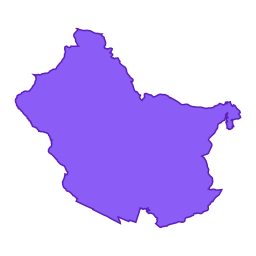 Bodoc, Covasna, Romania (Mercator projection)
{"feature_id": "2599482B10512922850096", "entity_name": "Bodoc", "entity_type": "district", "adm_level": 2, "iso_a3": "ROU", "parent_name": "Romania", "parent_adm1": "Covasna", "projection": "mercator", "projection_center": [25.837, 45.981], "detail": "fine", "context": "isolated", "style": "filled", "palette": "violet", "viewbox_px": 256, "rotation_deg": 0, "n_neighbors": 0, "source": "geoboundaries", "source_scale": "gbopen_adm2", "svg_char_len": 5763}
<svg xmlns="http://www.w3.org/2000/svg" viewBox="0 0 256 256"><path d="M240.6,117.5L239.9,115.7L238.7,114.0L239.4,113.0L240.2,112.7L239.7,111.0L236.4,108.0L235.4,106.1L234.6,105.4L233.4,104.9L233.2,106.0L232.6,106.3L231.7,105.6L230.4,102.7L230.3,101.8L228.0,102.4L227.3,101.9L226.2,102.1L226.7,102.9L226.8,103.5L226.0,103.5L225.3,103.0L224.9,104.2L223.3,105.0L221.0,103.8L219.6,103.5L219.2,103.7L218.9,104.3L217.8,105.2L214.5,106.1L213.5,107.4L210.7,108.0L209.0,107.9L207.7,108.2L205.7,108.4L201.1,107.2L196.5,107.1L192.1,106.5L190.2,105.9L187.8,104.4L186.2,104.2L182.5,104.7L181.0,104.3L178.3,102.1L172.6,98.7L170.0,97.5L169.9,97.8L168.2,96.1L165.4,94.8L164.3,94.5L163.6,94.8L161.6,94.5L161.2,94.3L160.0,94.3L158.6,94.7L156.5,95.9L153.5,97.1L151.4,95.1L148.9,94.6L146.2,93.4L144.5,93.9L144.4,95.6L144.6,97.5L143.3,98.5L142.0,100.5L140.4,99.0L139.6,97.6L139.9,96.8L139.9,96.0L140.5,95.4L140.5,95.1L138.7,94.4L137.3,92.1L136.4,91.6L135.5,91.7L134.3,90.2L132.6,84.6L131.1,81.9L131.1,81.4L132.1,81.9L132.6,81.7L133.0,80.2L132.8,79.2L130.5,77.5L129.1,75.5L127.4,73.6L126.9,72.4L126.1,68.9L125.0,67.1L122.8,65.8L120.2,63.6L119.6,62.4L120.0,61.5L118.3,59.0L118.3,58.4L117.8,57.9L116.9,58.2L115.7,58.1L114.5,58.7L114.0,58.7L113.4,57.8L112.0,57.8L111.1,56.5L112.5,55.5L112.7,54.8L112.6,54.4L111.6,53.3L110.0,53.0L110.0,52.8L110.3,52.2L111.0,51.8L112.2,49.3L112.2,48.7L111.2,48.2L109.5,48.2L108.4,48.9L107.6,48.7L107.0,49.0L106.3,48.8L105.5,48.2L104.8,48.2L104.1,46.8L105.4,45.2L105.6,42.4L104.8,39.9L104.3,39.0L104.1,37.4L101.2,35.0L102.0,34.0L99.7,34.0L99.0,33.6L97.6,33.4L95.8,33.4L94.3,32.9L90.0,30.7L86.4,30.3L84.2,30.6L82.7,30.4L79.1,29.5L78.1,28.8L77.4,28.7L76.8,28.7L76.9,28.8L77.3,29.2L77.6,30.1L74.3,33.6L73.8,35.0L73.9,36.1L74.7,37.8L75.5,38.7L75.6,41.2L76.9,43.5L77.6,45.0L78.5,46.1L74.5,46.3L70.9,46.2L70.4,47.4L69.7,47.5L67.7,47.2L67.4,46.7L66.7,46.1L65.0,46.8L64.7,49.0L65.3,51.1L65.3,52.7L64.4,54.7L64.7,56.1L64.4,56.4L64.2,57.4L62.5,59.6L61.1,62.2L59.5,63.5L58.8,64.8L58.3,65.1L56.7,67.3L56.4,68.4L55.4,69.1L53.1,69.3L49.4,71.5L48.9,72.4L47.7,73.1L44.9,73.3L42.0,73.9L40.2,75.0L38.5,74.5L36.2,74.9L33.6,74.6L35.8,76.5L36.1,79.8L35.3,81.0L34.8,83.3L34.1,84.8L32.7,86.2L31.9,88.0L29.4,90.9L27.7,91.5L25.8,91.1L24.4,91.3L21.7,92.8L21.0,94.1L18.8,94.6L17.1,95.9L16.8,97.9L16.1,98.3L15.5,100.1L15.4,100.2L15.7,102.3L16.4,103.7L16.6,105.3L17.2,105.9L17.4,106.7L18.4,107.1L18.5,107.4L18.2,107.9L18.4,108.5L20.0,109.3L21.1,110.5L21.2,110.9L21.7,111.1L22.7,112.2L23.4,113.5L27.3,117.3L27.5,117.6L27.3,118.2L27.8,118.8L28.6,119.1L29.2,120.8L30.4,121.1L30.7,122.3L31.4,123.0L31.2,123.8L31.8,124.3L32.5,126.4L35.6,127.4L36.0,127.9L37.0,128.2L37.4,129.2L38.7,130.4L38.8,131.3L39.7,131.2L40.4,131.6L43.3,131.7L43.8,132.1L46.5,132.7L47.0,133.3L47.6,133.3L48.2,133.7L48.8,135.4L49.6,136.1L49.5,136.4L49.6,137.0L50.5,138.3L50.3,138.9L50.8,139.1L50.7,139.4L50.8,139.8L51.2,140.0L51.1,140.5L51.6,140.5L51.2,140.9L51.6,142.2L51.4,143.3L51.7,143.7L51.7,144.7L51.1,146.7L49.9,147.4L48.5,149.7L48.5,151.6L49.4,152.9L52.3,154.8L56.6,159.6L56.9,159.6L57.7,161.3L59.7,163.5L61.2,164.6L64.3,166.0L64.8,166.7L66.3,170.4L67.8,172.5L67.0,174.6L64.9,174.0L64.9,175.2L65.2,175.4L64.7,176.2L64.2,178.2L62.5,182.1L62.7,184.1L63.4,186.7L64.2,187.9L65.7,189.0L66.0,189.8L67.0,191.0L68.8,191.5L70.0,192.2L72.2,194.3L73.0,195.5L74.4,196.0L76.7,198.4L77.4,198.5L76.2,201.2L86.8,206.2L93.2,209.0L92.9,209.5L104.2,215.1L106.9,216.2L110.9,218.6L120.3,223.4L119.9,221.3L118.7,219.1L118.2,217.0L128.8,221.5L129.6,220.2L135.8,222.3L139.2,211.8L140.0,208.2L140.7,208.7L141.1,208.3L141.7,208.3L142.5,208.6L142.4,209.1L142.7,209.2L144.0,209.1L144.5,208.6L145.0,208.6L145.5,209.0L146.3,208.7L146.5,209.1L147.1,208.4L148.1,208.1L148.0,209.3L148.1,209.7L149.5,210.0L149.6,210.4L149.0,210.7L146.7,210.5L146.4,210.9L146.6,211.4L148.6,213.4L150.7,213.1L153.0,213.8L153.5,214.3L155.7,217.2L157.4,217.8L157.5,218.2L156.8,219.3L157.4,221.0L156.3,223.1L155.7,223.6L159.5,226.9L160.4,227.3L161.2,227.3L162.5,226.5L164.0,226.5L165.1,226.1L167.0,226.1L167.6,225.4L169.1,224.6L176.6,222.7L178.4,221.7L182.9,222.2L183.4,222.0L184.5,221.4L185.0,220.0L185.1,218.8L185.7,218.0L186.7,217.5L187.4,217.5L190.6,216.6L191.5,215.9L193.1,215.4L193.5,215.1L193.8,214.0L194.2,213.5L196.0,213.6L196.3,213.0L196.6,213.0L200.9,213.6L202.2,213.0L203.7,211.6L207.4,210.4L208.2,209.5L208.4,208.7L208.2,207.6L208.1,205.7L208.3,205.5L210.2,204.1L210.4,203.5L211.7,201.6L212.7,201.7L214.3,199.1L215.7,197.4L219.1,194.7L221.4,190.6L221.8,189.6L217.7,190.1L216.0,190.0L214.5,189.3L212.2,189.3L211.0,189.7L210.0,189.6L208.4,189.0L209.2,188.2L209.9,186.7L211.6,185.0L212.1,183.8L212.7,181.7L212.4,178.6L212.2,177.8L211.5,177.0L210.0,175.8L208.8,174.3L208.4,173.5L208.2,172.4L208.7,169.3L207.5,167.2L207.1,164.5L205.9,160.8L204.3,158.0L201.8,156.1L204.0,155.1L207.4,154.0L208.4,153.2L211.6,146.3L211.9,145.0L211.7,143.9L210.4,142.1L208.6,140.2L208.6,139.2L209.1,138.3L214.7,132.9L215.0,132.1L216.1,130.1L217.2,128.7L217.6,127.7L217.8,125.0L218.0,124.3L219.6,123.1L220.9,122.8L222.2,121.2L224.7,120.1L224.9,118.8L225.6,117.6L225.6,115.4L225.7,114.7L226.2,114.1L227.5,112.8L227.6,113.0L227.7,113.3L226.9,115.1L226.8,115.8L227.0,116.3L226.8,116.6L227.1,117.2L226.9,117.5L228.7,117.5L227.0,117.8L226.4,118.5L226.6,120.8L226.5,121.0L227.3,120.9L227.4,121.7L226.1,122.2L226.0,122.6L226.4,123.1L226.4,124.1L227.0,125.2L227.0,127.9L227.3,128.5L228.6,128.6L228.7,129.2L229.3,129.0L229.7,129.4L230.1,129.4L232.5,127.9L232.6,127.0L232.2,126.7L232.2,126.4L232.3,126.3L232.8,126.2L233.6,126.7L233.8,126.6L233.8,126.3L232.9,125.2L233.0,124.5L232.6,123.5L232.4,122.1L232.7,120.4L231.3,120.4L231.2,120.3L231.6,119.9L232.4,119.6L233.0,119.8L236.1,118.9L238.4,118.9L238.8,118.5L239.2,118.5L240.6,117.5Z" fill="#8b5cf6" stroke="#5b21b6" stroke-width="1.5"/></svg>